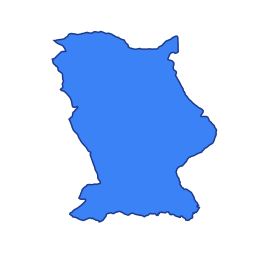 Kimilili, Western, Kenya (Robinson projection), rotated 280°
{"feature_id": "3690345B99583391945286", "entity_name": "Kimilili", "entity_type": "district", "adm_level": 2, "iso_a3": "KEN", "parent_name": "Kenya", "parent_adm1": "Western", "projection": "robinson", "projection_center": [34.729, 0.788], "detail": "fine", "context": "isolated", "style": "filled", "palette": "blue", "viewbox_px": 256, "rotation_deg": 280, "n_neighbors": 0, "source": "geoboundaries", "source_scale": "gbopen_adm2", "svg_char_len": 5781}
<svg xmlns="http://www.w3.org/2000/svg" viewBox="0 0 256 256"><g transform="rotate(280 128 128)"><path d="M47.4,202.6L47.9,204.1L48.9,204.7L49.8,205.6L50.4,206.8L51.6,207.2L52.5,206.5L53.5,206.7L54.7,207.0L55.8,207.0L55.6,208.2L56.7,208.7L56.6,209.7L57.7,210.5L58.9,211.0L60.1,211.3L61.0,211.8L62.0,212.1L62.5,209.6L63.6,209.8L63.9,210.9L64.9,210.0L66.6,208.9L67.2,207.6L68.3,206.8L69.1,205.9L70.0,205.6L71.9,204.6L72.9,203.7L74.2,202.7L75.5,201.5L76.7,199.1L77.9,196.1L77.7,195.0L77.3,194.0L78.4,192.8L79.0,191.4L79.6,190.6L80.4,190.2L81.0,189.5L82.1,188.7L83.5,188.9L85.5,187.4L86.8,187.1L87.8,186.3L88.5,185.4L89.3,184.8L90.5,184.1L91.7,183.7L92.4,183.1L93.8,183.0L95.0,183.3L96.2,183.3L97.6,184.2L98.5,185.0L99.3,186.0L99.9,187.2L100.2,188.3L101.3,188.7L103.0,190.0L104.0,190.3L104.8,191.1L105.7,191.5L106.9,191.7L108.9,192.7L109.8,193.4L110.3,194.5L111.0,195.1L112.2,197.6L113.0,198.7L113.9,199.7L114.8,201.1L115.6,202.1L117.0,204.7L118.1,205.1L119.0,205.8L120.0,206.5L121.1,207.0L122.5,208.8L123.3,209.5L125.9,211.7L126.9,213.1L128.0,214.1L129.2,214.6L131.5,215.1L133.1,215.1L135.6,215.8L136.7,215.9L137.9,215.8L139.0,215.4L141.2,215.6L142.5,214.6L143.7,213.3L144.9,212.7L145.7,212.1L146.2,211.0L147.9,209.0L149.2,206.9L151.3,205.6L152.5,204.6L152.9,203.1L152.6,200.9L152.2,199.4L152.0,198.1L152.9,197.6L154.1,198.0L155.1,198.6L156.0,199.0L157.0,199.2L158.2,199.0L159.2,197.6L159.9,196.0L160.2,194.5L160.8,193.1L161.7,191.5L162.1,190.7L163.8,187.7L164.5,186.6L165.2,185.9L166.5,183.6L167.4,182.3L168.4,181.5L169.6,180.3L170.4,179.0L171.5,178.2L172.5,177.9L173.5,177.1L174.1,176.1L175.2,175.7L176.2,175.4L177.2,174.5L178.5,173.3L182.0,170.7L182.9,170.0L184.9,168.2L186.6,167.0L187.9,165.7L189.3,165.8L190.3,166.1L191.6,165.8L192.3,165.1L192.9,163.6L194.1,162.4L195.4,162.0L196.7,162.0L198.7,162.2L200.0,161.9L201.0,160.9L201.6,160.0L202.0,158.9L202.1,156.3L202.6,155.3L203.7,155.4L207.0,156.2L208.1,156.3L209.9,158.0L210.3,159.3L210.3,160.4L209.8,161.3L210.1,162.3L210.8,163.4L211.8,164.2L216.5,163.2L218.7,162.9L223.0,161.9L225.8,161.3L226.9,160.6L226.8,159.2L225.9,157.9L225.0,156.5L223.2,155.0L222.4,154.0L220.3,150.6L219.3,149.7L217.4,148.6L216.6,147.9L215.6,147.5L214.7,146.7L214.2,145.7L213.3,144.5L212.4,144.0L211.5,143.5L210.7,142.5L210.5,141.1L210.2,139.3L209.7,137.9L209.8,136.9L209.7,135.6L208.6,131.4L208.5,129.7L208.0,128.3L208.4,125.7L207.8,124.5L207.4,123.2L207.0,122.3L206.8,120.8L206.8,119.3L207.1,118.0L207.0,116.2L207.8,115.1L208.1,114.0L209.1,113.9L209.9,113.5L210.5,112.6L211.3,111.2L212.5,110.1L213.3,109.5L214.0,108.8L214.2,106.4L214.4,105.4L214.9,104.0L215.5,102.9L215.6,101.4L215.5,100.3L216.0,99.4L216.7,98.1L216.9,96.8L217.6,95.7L217.6,94.5L218.0,93.3L217.7,91.5L217.3,90.0L217.4,88.9L217.8,87.5L218.2,85.6L218.3,84.4L217.7,83.4L217.1,82.6L217.1,79.6L217.0,78.2L216.3,77.2L215.3,76.1L214.9,74.4L214.8,73.0L215.0,72.0L215.0,70.9L214.5,69.8L213.3,67.5L213.0,66.1L212.3,65.2L212.0,64.3L211.2,61.9L211.3,60.4L211.4,59.1L211.2,57.6L211.3,56.2L210.8,54.7L209.7,53.2L208.5,52.9L207.5,52.5L206.7,51.4L205.9,50.6L204.7,49.8L204.4,48.7L203.8,47.7L203.1,45.0L202.7,44.0L202.3,42.7L201.6,41.5L201.3,40.1L199.9,42.3L199.3,43.5L198.7,45.5L198.0,48.7L197.4,49.8L195.2,52.1L193.9,52.7L192.7,53.4L192.3,52.3L192.0,50.2L191.2,48.9L186.0,45.1L184.4,44.1L183.3,42.9L182.7,41.5L180.5,42.5L179.0,43.0L177.9,44.2L177.2,45.6L176.3,46.5L176.0,47.9L174.8,48.5L173.6,48.9L172.7,49.3L171.9,50.2L171.6,51.2L171.0,52.2L170.5,53.5L169.4,54.2L164.7,55.3L163.8,55.9L163.0,56.4L160.5,55.7L159.5,55.8L157.9,56.5L157.0,56.7L156.0,56.3L155.1,55.3L154.0,54.9L153.3,56.2L153.4,57.7L153.0,58.8L152.3,60.0L151.2,61.7L147.9,65.7L146.1,66.9L144.6,67.7L140.2,69.3L139.3,69.9L139.0,70.9L139.2,72.2L139.9,73.7L140.2,74.7L139.1,74.9L138.1,74.1L136.7,73.0L135.2,72.4L134.1,71.4L133.0,71.0L130.6,71.2L129.4,71.0L128.3,69.6L127.1,69.2L126.4,68.4L125.3,69.3L122.2,71.3L118.5,73.2L116.7,74.4L115.2,76.0L112.9,79.4L111.6,80.3L110.0,81.2L109.0,82.0L108.0,83.0L107.2,83.5L105.7,85.0L104.5,86.4L103.8,87.3L102.5,89.2L101.8,90.0L100.8,91.0L98.6,92.8L98.0,93.9L97.7,95.4L96.7,95.7L95.6,95.3L94.2,95.9L89.8,98.4L87.0,99.9L84.2,101.7L81.4,102.9L80.6,103.4L79.6,104.3L78.0,105.5L77.2,106.0L75.5,106.6L74.1,106.8L73.0,107.2L72.1,108.0L71.1,109.3L70.0,110.0L69.0,110.4L67.6,108.2L67.2,106.8L67.0,105.8L66.9,104.5L66.4,103.8L65.9,102.4L65.7,100.6L65.5,99.1L64.9,97.6L63.6,97.2L62.9,96.1L60.7,94.4L59.6,93.7L58.2,93.4L57.0,93.4L55.8,93.0L53.6,92.7L51.4,92.0L50.2,92.0L49.7,93.6L49.9,95.3L50.3,97.0L50.5,98.4L49.5,98.9L48.3,98.6L46.5,97.4L45.2,96.4L44.3,95.8L43.1,94.7L40.7,92.5L39.2,90.8L38.6,89.8L37.6,88.8L35.6,87.6L34.6,86.3L33.8,85.6L32.8,85.8L32.3,87.1L31.7,88.3L30.9,89.0L30.9,91.9L30.4,93.8L29.6,96.3L29.4,97.6L29.4,98.7L29.1,99.8L30.1,101.7L31.8,104.1L32.6,105.5L32.8,106.9L32.5,108.0L33.0,109.1L32.4,109.9L32.3,110.9L31.7,112.3L31.7,113.9L31.5,115.4L30.5,115.9L31.2,117.3L32.0,118.4L33.0,119.5L34.0,119.9L34.8,120.4L36.1,121.0L37.2,121.6L39.2,121.8L40.3,122.7L40.7,124.0L41.2,125.0L41.6,126.1L41.1,127.4L41.3,128.7L42.0,129.7L42.9,130.6L43.3,131.7L43.8,132.6L44.3,133.4L44.4,134.5L44.2,135.6L43.8,136.8L43.5,137.9L43.0,138.7L42.5,141.4L42.2,142.9L42.5,144.0L43.5,144.7L44.4,145.8L44.9,147.4L44.7,148.7L44.4,149.9L44.2,151.3L44.3,152.7L44.0,155.0L44.5,155.9L44.1,157.1L43.9,158.5L43.4,159.4L44.9,161.2L45.4,162.5L46.4,163.6L47.3,164.1L47.8,165.4L47.5,166.5L47.8,167.6L48.3,168.8L48.2,169.8L47.4,170.7L46.9,171.8L47.3,172.7L48.3,172.3L49.0,173.6L50.1,173.5L50.4,174.6L51.0,175.5L50.7,176.6L51.0,177.8L50.8,178.9L51.2,179.9L52.2,180.9L52.3,182.2L51.7,183.3L50.8,183.6L50.2,184.4L50.1,185.8L50.7,186.7L50.7,188.3L49.8,189.7L49.4,191.3L49.4,192.9L49.0,193.9L49.1,195.0L50.3,195.2L50.6,196.8L49.5,197.8L49.2,198.8L48.9,200.1L47.4,200.9L47.4,202.6Z" fill="#3b82f6" stroke="#1e3a8a" stroke-width="1.5"/></g></svg>